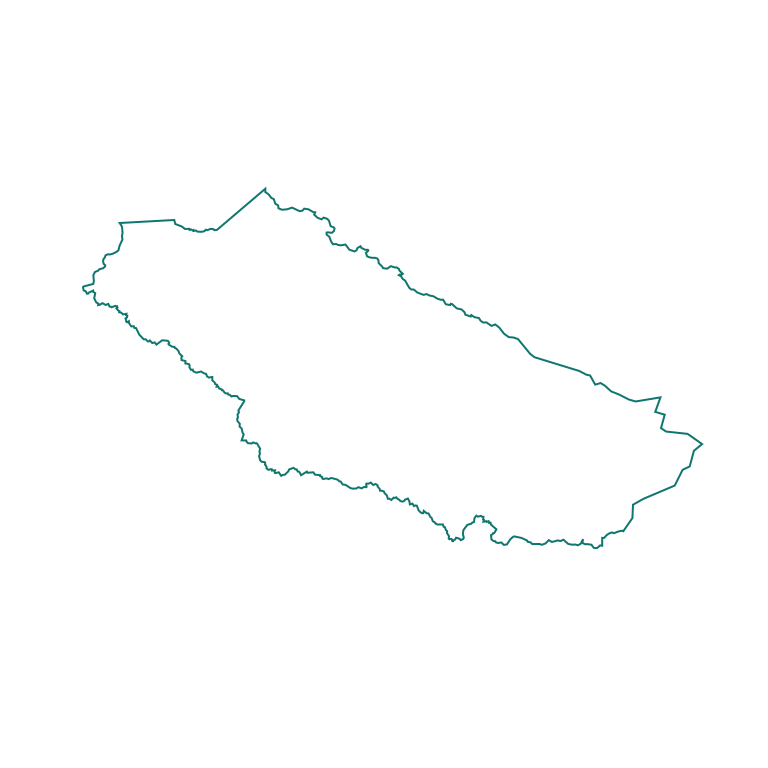 outline of Iglesia, San Juan, Argentina, rotated 295°
{"feature_id": "61730980B72303812021480", "entity_name": "Iglesia", "entity_type": "district", "adm_level": 2, "iso_a3": "ARG", "parent_name": "Argentina", "parent_adm1": "San Juan", "projection": "albers", "projection_center": [-69.7, -29.592], "detail": "fine", "context": "isolated", "style": "outline", "palette": "teal", "viewbox_px": 768, "rotation_deg": 295, "n_neighbors": 0, "source": "geoboundaries", "source_scale": "gbopen_adm2", "svg_char_len": 6123}
<svg xmlns="http://www.w3.org/2000/svg" viewBox="0 0 768 768"><g transform="rotate(295 384 384)"><path d="M501.5,222.5L498.9,218.1L498.6,214.2L501.1,212.6L501.5,209.2L505.0,206.0L505.0,203.3L507.1,199.3L507.8,195.3L510.8,193.9L453.1,167.5L451.7,165.3L452.3,164.0L451.1,161.1L448.6,158.7L448.6,157.4L446.4,156.5L444.7,154.1L443.2,150.3L443.7,148.8L442.2,146.8L443.0,146.3L442.3,145.8L442.6,144.0L441.9,143.2L442.2,142.4L441.6,142.4L441.9,141.0L440.4,138.1L441.3,134.2L440.8,127.2L444.0,124.6L418.2,76.4L416.3,79.5L414.7,80.8L410.2,83.3L407.5,83.9L404.4,85.9L397.5,85.9L393.1,86.8L390.7,85.8L387.2,82.9L385.5,80.8L385.0,79.1L383.0,77.3L380.3,77.5L378.7,76.9L376.4,77.6L374.4,79.2L373.8,81.2L372.5,81.5L370.3,80.6L367.7,77.5L365.9,77.0L363.4,74.7L359.8,74.6L354.5,77.6L351.8,78.2L345.6,70.7L344.5,70.3L341.9,72.2L342.1,74.3L340.3,76.6L341.0,77.8L341.9,77.7L345.7,80.9L344.6,81.5L344.3,83.9L339.2,85.1L336.3,88.8L336.1,91.3L334.7,91.6L335.9,93.2L338.3,94.6L338.0,98.4L340.1,100.3L338.2,102.5L338.7,103.8L338.4,104.7L341.3,107.5L341.2,108.5L341.7,109.1L340.6,110.2L339.4,109.6L338.2,112.3L338.2,113.5L337.1,113.7L337.6,115.7L336.8,118.1L338.8,120.9L337.3,121.3L337.4,122.5L335.4,122.9L334.2,122.0L331.4,124.4L331.4,125.2L333.1,126.2L331.4,127.2L329.4,130.6L330.6,132.8L329.3,134.2L329.9,135.7L325.4,141.2L323.0,147.2L323.8,149.2L322.8,151.8L323.2,152.9L324.5,153.4L323.2,156.7L324.8,158.6L323.5,161.1L329.9,164.5L331.8,169.8L330.6,172.0L329.2,171.7L328.7,172.5L328.3,176.3L329.1,178.5L328.3,179.2L328.3,181.0L326.9,184.0L325.2,185.6L323.9,189.4L322.5,189.1L320.1,190.4L320.9,194.3L318.7,195.3L319.6,198.7L318.7,200.0L317.0,200.5L315.2,203.1L316.2,204.6L314.9,205.8L315.0,209.3L318.0,212.9L317.6,216.2L318.0,218.5L316.1,220.4L315.8,222.5L317.8,225.4L314.7,226.9L313.8,229.9L312.6,231.1L312.7,233.0L310.8,233.4L311.7,234.6L310.2,236.7L310.6,239.0L309.8,239.7L310.2,240.9L308.9,242.8L308.6,244.6L309.5,246.4L308.6,247.3L309.0,249.1L308.2,250.9L309.4,252.3L310.9,256.0L309.3,259.2L310.1,264.2L309.2,264.6L298.5,263.2L297.1,264.5L294.3,264.2L291.9,265.8L290.1,265.7L288.5,266.9L287.0,270.1L284.4,271.1L283.5,273.8L280.0,276.5L279.2,278.1L272.7,278.8L274.6,283.0L273.5,283.9L272.9,285.8L274.2,289.3L275.7,290.0L275.9,292.7L276.5,293.5L276.1,294.6L273.0,299.1L270.0,299.7L268.8,300.9L265.8,301.3L262.5,304.0L261.8,306.0L262.8,308.9L262.3,309.7L260.6,310.2L260.5,311.0L259.0,312.8L257.9,313.1L257.3,315.5L259.0,317.4L259.3,318.4L258.2,319.0L259.7,321.7L258.1,321.9L257.2,323.0L259.5,325.9L257.3,329.7L258.8,330.6L259.9,332.5L264.4,334.2L266.4,334.1L269.8,337.5L269.2,339.7L269.7,341.0L268.2,342.7L268.6,343.8L268.2,345.0L266.3,347.4L272.0,351.1L271.2,352.1L274.1,357.3L272.7,359.7L274.4,364.7L273.5,365.1L273.6,367.3L272.6,367.7L272.1,368.9L274.2,371.8L274.5,374.2L275.9,375.1L276.7,376.6L277.7,382.2L276.9,384.7L277.3,386.0L275.5,388.9L276.3,391.9L275.5,397.7L276.0,400.0L277.4,402.8L279.7,404.5L279.9,407.7L282.4,409.6L282.8,411.3L283.5,411.7L285.6,410.1L286.4,410.3L287.1,412.0L289.1,413.8L287.9,416.9L289.8,418.6L289.6,420.8L288.4,421.5L287.1,424.4L285.6,425.6L286.4,427.2L286.5,429.5L285.4,430.5L284.3,433.6L281.6,436.0L282.3,437.1L282.0,439.7L285.1,440.8L285.2,441.8L286.5,443.1L285.7,444.4L285.5,446.9L284.8,448.4L285.3,450.6L286.8,451.9L287.9,451.8L290.3,454.0L288.3,456.7L285.8,458.3L287.6,460.4L286.0,462.7L287.2,463.7L287.6,465.2L284.1,468.8L283.1,471.4L283.0,473.2L283.5,474.2L285.8,473.6L284.9,477.3L285.5,479.1L283.2,482.0L282.7,483.8L280.3,486.2L279.9,489.1L279.2,489.8L279.3,492.0L281.6,496.7L279.8,498.4L280.0,499.7L277.8,501.8L277.4,503.4L275.5,504.1L273.6,507.2L271.2,508.0L271.0,509.0L271.9,510.1L271.9,511.2L270.5,512.3L270.8,513.1L271.6,512.9L273.2,514.2L275.2,514.3L275.7,517.8L274.9,519.6L277.0,521.3L278.4,521.3L281.5,518.8L285.2,517.7L291.6,519.1L294.3,522.2L295.8,522.6L296.9,523.9L300.5,522.7L303.7,523.3L303.5,525.2L305.5,527.7L305.1,529.3L305.6,530.3L303.2,531.1L303.1,532.0L301.2,532.3L302.9,534.7L302.4,535.3L303.9,536.8L302.5,538.0L303.3,539.2L301.8,540.3L299.8,547.3L295.6,546.9L294.7,545.8L294.0,546.0L292.2,544.9L288.6,547.0L287.9,549.6L288.5,551.3L287.8,552.3L288.1,554.6L290.0,557.3L288.8,560.6L290.6,563.2L296.6,564.1L300.2,565.6L301.0,566.7L302.6,573.7L302.6,580.0L301.7,580.8L302.4,583.8L301.6,586.0L304.8,592.7L304.9,594.9L307.8,597.8L312.1,599.3L311.8,603.0L315.6,607.5L316.3,610.4L318.7,612.4L316.9,618.6L317.9,622.5L319.4,625.3L319.8,627.9L322.3,629.8L327.5,630.0L323.8,630.9L323.8,634.4L324.6,635.3L326.0,639.9L324.3,643.1L324.3,644.2L325.4,646.5L329.1,648.1L329.6,650.1L336.8,646.8L337.6,648.6L341.3,649.7L344.2,651.6L345.9,653.5L345.9,655.4L349.7,659.1L351.7,661.9L351.7,663.1L367.5,665.8L379.8,660.7L389.5,667.6L414.8,690.4L432.4,690.9L438.5,695.9L454.4,693.1L464.0,697.7L467.1,680.2L460.1,659.7L461.1,653.7L474.8,651.4L473.4,641.6L488.7,640.2L474.5,619.4L473.4,612.4L473.8,601.4L473.3,593.0L475.8,585.0L476.4,579.9L472.7,575.7L478.8,567.2L478.0,563.7L478.3,555.3L471.9,509.2L473.0,503.9L481.4,486.4L480.8,481.5L479.2,477.3L480.3,471.5L483.9,464.5L485.0,459.6L482.1,456.9L483.1,450.7L481.6,447.8L482.1,444.9L483.9,442.2L482.8,437.7L483.4,434.0L481.8,434.1L481.2,428.4L483.1,426.6L484.3,422.8L483.3,417.9L485.2,412.1L484.9,410.6L483.5,410.6L482.4,406.4L485.4,401.9L484.3,399.9L483.9,396.4L484.4,391.7L483.4,387.7L483.5,384.6L481.5,382.2L481.0,375.5L482.2,371.2L481.2,368.8L481.8,366.3L486.7,359.4L487.1,356.7L488.9,353.8L488.9,351.5L489.8,351.9L490.6,353.8L491.8,354.5L493.3,350.1L494.6,348.9L495.0,346.0L494.2,344.7L493.7,340.4L489.8,338.1L488.6,334.1L489.4,333.2L491.4,328.0L493.8,326.7L494.9,324.9L494.5,322.2L493.4,320.2L492.6,316.9L492.6,314.7L495.2,312.2L498.2,313.4L498.8,312.6L497.7,310.3L497.8,306.0L498.9,304.5L496.1,302.5L493.6,302.6L491.7,301.3L491.1,295.9L494.1,290.1L491.5,286.4L490.6,283.6L490.7,281.7L489.1,278.6L490.9,275.7L494.3,272.3L495.1,269.0L496.4,268.1L497.0,268.0L497.8,269.1L498.9,272.8L501.5,274.0L504.2,273.4L504.7,272.1L504.5,268.9L508.8,265.1L509.7,262.6L509.3,259.0L506.8,257.7L506.6,253.4L508.0,249.1L510.5,249.1L509.9,247.0L510.4,241.8L509.2,237.6L506.6,236.8L505.0,234.7L505.0,226.1L501.5,222.5Z" fill="none" stroke="#0f766e" stroke-width="2"/></g></svg>